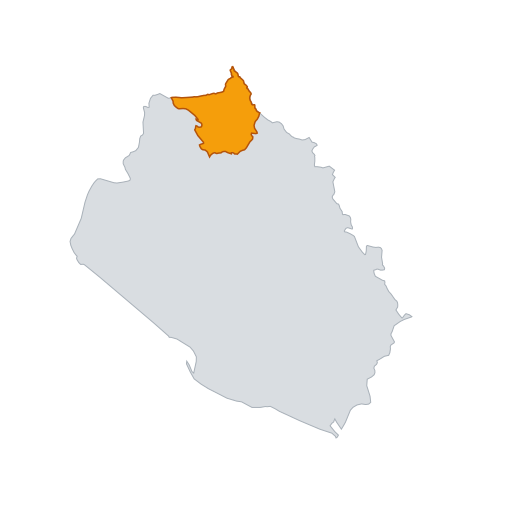 location of Subcarpathian within Poland, rotated 218°
{"feature_id": "POL-3152", "entity_name": "Subcarpathian", "entity_type": "Voivodeship", "adm_level": 1, "iso_a3": "POL", "parent_name": "Poland", "parent_adm1": "", "projection": "robinson", "projection_center": [22.333, 49.912], "detail": "fine", "context": "in_parent", "style": "filled", "palette": "amber", "viewbox_px": 512, "rotation_deg": 218, "n_neighbors": 0, "source": "natural_earth", "source_scale": "10m", "svg_char_len": 6282}
<svg xmlns="http://www.w3.org/2000/svg" viewBox="0 0 512 512"><g transform="rotate(218 256 256)"><path d="M417.9,273.9L419.9,277.0L420.7,279.5L419.9,281.5L420.1,283.4L427.5,291.9L430.3,298.0L432.0,300.4L436.1,303.5L436.5,304.8L434.9,306.0L432.5,306.5L431.8,307.5L434.4,310.4L436.2,315.3L436.1,319.3L434.7,320.3L433.0,322.7L431.8,324.8L422.2,326.3L419.9,328.6L414.7,333.1L411.1,335.7L405.8,340.3L397.5,348.4L385.3,362.2L383.2,365.3L383.6,367.9L385.8,374.0L386.3,376.8L385.9,379.3L385.2,381.6L385.3,382.6L390.6,386.8L390.8,387.7L390.3,388.8L389.2,389.7L385.2,388.8L380.7,387.0L379.1,387.2L376.7,386.8L366.7,383.4L359.9,380.8L359.2,379.1L358.0,376.6L355.1,374.5L348.5,372.7L345.8,371.3L335.1,370.5L330.5,370.5L327.2,371.1L325.1,371.0L322.2,374.7L320.2,375.8L317.3,375.9L314.7,375.2L312.1,373.3L307.9,372.2L304.9,372.7L302.7,372.3L300.8,372.2L300.1,372.6L298.6,372.6L296.3,373.5L293.9,374.8L291.1,375.8L289.0,377.9L287.1,382.1L281.9,380.2L280.2,381.1L277.7,381.6L276.0,381.0L276.4,379.6L277.2,378.0L277.2,375.7L276.7,373.2L275.1,372.3L272.7,372.0L271.4,371.5L271.3,370.7L270.1,369.6L268.0,366.9L266.0,363.6L264.6,362.6L262.5,364.2L259.4,366.0L257.5,366.6L253.6,371.9L246.9,372.0L246.6,369.6L245.9,367.2L242.0,366.7L241.9,365.3L241.1,361.8L233.4,355.1L232.5,352.2L232.8,351.2L232.3,349.4L230.7,348.3L224.5,347.0L222.9,347.7L221.5,347.0L219.2,345.3L215.4,344.0L214.9,343.4L213.6,342.2L212.8,342.1L212.3,342.8L211.1,343.7L207.1,345.0L205.5,344.5L204.0,343.4L202.4,341.1L200.1,339.1L198.1,338.3L197.0,337.3L196.8,336.4L201.2,334.8L202.2,333.1L201.8,330.0L201.1,329.6L199.3,330.6L195.6,331.5L192.2,332.0L190.5,332.0L181.0,326.3L174.7,324.5L171.1,324.0L170.6,324.6L172.2,327.8L175.0,331.7L174.8,332.8L169.3,335.1L166.9,336.5L164.9,338.4L163.1,339.2L161.7,339.0L160.1,338.1L156.3,332.3L151.4,327.8L150.9,326.8L149.3,326.6L147.1,325.6L146.4,324.2L147.6,322.8L149.2,321.5L151.9,320.7L152.8,319.9L153.3,318.8L154.4,317.3L154.1,316.8L152.3,315.1L149.5,313.5L141.5,314.7L139.3,315.6L138.1,314.5L137.2,312.9L135.2,312.5L132.6,311.1L129.4,309.7L126.2,309.2L119.7,307.2L117.2,307.1L115.7,306.3L114.2,304.8L113.0,303.1L112.5,299.6L107.7,298.0L102.9,297.0L102.5,297.5L102.6,301.0L102.3,302.9L99.0,304.1L95.8,304.2L96.0,303.6L100.1,297.3L102.0,293.3L104.2,286.1L102.2,280.3L101.7,277.7L100.6,276.4L94.1,273.6L93.7,272.6L94.9,268.8L94.4,267.2L92.9,265.6L91.0,262.2L90.3,259.4L93.1,256.0L95.2,250.3L96.3,247.9L94.7,246.6L94.3,244.8L94.9,242.1L94.1,240.2L91.8,238.9L90.4,237.2L89.8,235.1L90.5,231.8L92.5,227.4L88.9,222.0L79.8,215.7L75.5,211.3L76.0,208.7L78.1,206.5L81.8,204.4L84.7,200.8L86.4,196.5L86.7,192.6L83.2,180.1L82.7,176.9L82.1,172.1L90.2,174.7L93.6,176.2L93.2,174.6L92.6,173.1L93.2,171.0L93.1,167.8L85.7,166.1L80.8,165.6L80.4,163.4L80.9,161.9L82.3,162.8L87.1,163.1L99.1,158.8L119.9,153.2L141.9,148.0L147.0,147.4L152.2,146.3L154.2,144.3L156.1,143.0L159.2,139.5L165.9,134.2L177.6,132.2L182.0,129.7L191.2,126.1L212.0,122.1L220.6,121.2L229.1,121.1L236.5,124.2L244.4,128.2L245.8,130.5L241.5,129.0L235.3,125.5L233.0,125.4L238.1,136.0L240.9,139.8L246.8,142.6L251.8,143.6L267.2,141.9L272.7,139.7L274.3,138.5L275.7,139.1L295.8,140.3L365.6,143.1L385.7,143.5L387.0,143.2L389.0,141.4L391.5,141.7L394.5,142.8L395.9,143.6L396.4,144.6L396.8,145.7L398.4,145.9L401.4,146.7L405.4,148.6L408.5,150.4L411.5,153.0L412.6,156.0L412.6,159.4L412.5,161.5L416.9,178.1L423.9,193.2L426.5,200.5L427.5,204.4L428.4,210.0L428.7,214.0L428.6,216.2L428.2,219.3L426.1,221.1L413.0,226.3L410.5,227.9L406.6,232.0L403.1,236.1L402.2,237.5L402.0,238.5L402.8,239.8L407.6,242.1L412.3,243.9L413.9,245.2L417.4,246.9L418.7,248.5L419.4,249.8L419.4,252.9L417.8,257.2L418.5,260.4L416.9,262.6L415.6,265.0L415.5,269.2L417.9,273.9Z" fill="#d9dde1" stroke="#a8b0b8" stroke-width="1"/><path d="M346.8,371.8L346.5,371.7L346.2,371.5L345.5,371.0L345.1,370.8L344.4,370.6L341.8,370.9L341.2,371.1L341.2,370.9L339.8,367.8L339.2,364.4L339.4,362.7L339.3,361.1L338.0,357.8L335.8,355.8L331.8,354.4L330.7,353.6L331.4,352.4L335.1,350.1L334.6,348.8L333.2,348.1L332.1,348.1L331.4,347.3L331.1,346.7L330.7,346.1L330.8,344.3L331.1,342.3L330.2,335.3L330.4,332.7L331.8,330.8L332.9,328.7L333.4,324.8L333.5,324.8L335.8,323.2L336.4,323.4L337.4,323.3L338.3,322.8L339.0,322.2L338.7,321.5L338.5,321.3L342.0,320.0L344.4,319.6L345.1,319.1L346.2,318.0L346.7,317.3L346.9,316.4L347.1,315.7L348.9,314.0L349.9,312.7L350.6,312.3L351.5,312.2L352.2,311.9L352.7,311.2L353.2,310.4L353.4,309.7L353.8,307.8L353.7,306.1L353.6,305.5L358.4,308.1L361.2,308.2L363.6,306.9L365.1,306.8L366.5,307.3L367.8,307.9L368.9,308.7L368.4,309.9L366.7,312.4L367.4,313.3L376.0,315.1L381.8,317.6L382.1,318.0L382.1,318.6L382.2,319.2L383.0,320.5L383.5,321.7L382.4,322.1L381.3,322.0L380.2,322.3L379.2,323.3L378.6,324.2L378.9,325.4L379.9,326.6L381.1,327.0L386.3,326.2L387.3,326.8L386.7,327.0L385.4,327.3L385.8,328.0L390.8,329.1L399.1,329.3L401.9,328.8L404.3,327.3L407.3,324.6L408.2,324.2L410.3,324.1L413.0,324.3L415.4,325.5L416.6,326.9L420.3,328.6L419.8,329.3L416.9,331.8L415.8,332.5L413.8,333.8L412.1,334.8L403.8,342.1L402.7,343.5L401.3,344.4L399.9,345.7L395.9,350.5L394.3,351.8L394.1,352.2L393.8,353.2L393.7,353.5L393.4,353.8L392.7,354.0L392.4,354.1L392.0,354.5L389.8,357.9L389.1,358.4L388.7,358.6L387.9,358.7L387.5,359.0L387.3,359.4L386.6,360.9L383.8,364.0L382.9,365.8L383.6,367.5L383.9,368.2L384.1,370.2L384.2,370.7L384.3,371.0L384.8,371.6L385.6,372.3L385.8,372.7L386.0,373.4L386.5,377.7L386.4,378.4L385.7,379.8L385.2,381.5L384.6,382.5L384.4,383.1L384.7,383.3L384.8,383.2L385.3,382.7L385.9,383.1L385.7,383.1L386.9,383.8L388.0,385.0L388.7,385.4L390.4,386.2L390.8,386.7L390.8,387.1L390.5,388.0L390.4,388.6L390.6,389.1L391.2,389.9L391.3,390.0L390.9,390.9L390.1,390.6L389.3,390.0L388.7,389.7L388.3,389.6L387.6,388.8L387.2,388.5L386.8,388.5L385.9,388.7L384.6,388.6L383.8,388.7L383.0,388.6L382.1,388.1L380.7,386.8L380.0,386.6L379.2,387.2L377.9,386.7L375.0,386.6L373.6,386.3L371.8,384.7L371.0,384.4L368.9,384.5L367.2,384.1L366.9,383.9L366.8,383.6L366.9,383.3L366.9,382.9L366.5,382.6L366.2,382.5L365.3,382.6L364.9,382.6L364.5,382.4L363.3,381.8L360.7,381.4L359.6,380.7L359.4,379.2L358.9,377.6L357.9,376.2L356.5,375.1L354.5,374.3L353.2,373.2L352.5,372.9L351.8,373.0L351.1,373.5L350.6,374.0L350.2,374.3L349.6,373.9L348.4,372.3L347.8,371.8L347.4,371.7L346.8,371.8Z" fill="#f59e0b" stroke="#b45309" stroke-width="1.5"/></g></svg>